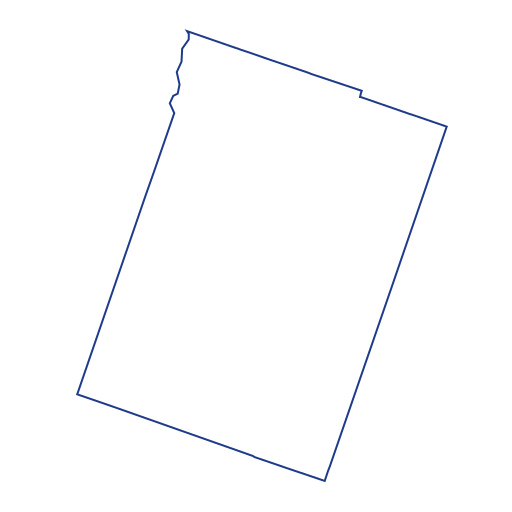 Butte, South Dakota, United States of America, rotated 109°
{"feature_id": "52423323B65775953341518", "entity_name": "Butte", "entity_type": "district", "adm_level": 2, "iso_a3": "USA", "parent_name": "United States of America", "parent_adm1": "South Dakota", "projection": "robinson", "projection_center": [-103.763, 44.892], "detail": "fine", "context": "isolated", "style": "outline", "palette": "blue", "viewbox_px": 512, "rotation_deg": 109, "n_neighbors": 0, "source": "geoboundaries", "source_scale": "gbopen_adm2", "svg_char_len": 590}
<svg xmlns="http://www.w3.org/2000/svg" viewBox="0 0 512 512"><g transform="rotate(109 256 256)"><path d="M65.8,394.4L67.8,391.9L73.2,390.1L84.0,393.3L96.5,389.7L107.9,390.8L118.8,384.1L128.0,382.9L131.5,386.4L139.7,387.2L147.5,379.8L210.7,379.9L235.4,380.1L445.0,380.0L445.0,342.6L446.1,193.7L446.6,191.8L446.5,154.8L446.3,117.8L435.8,117.9L431.3,117.7L236.9,117.6L71.6,117.8L71.6,155.3L71.7,155.7L71.6,208.5L71.8,209.4L68.0,209.8L65.4,209.8L65.9,262.8L65.7,266.3L65.9,309.0L65.8,328.3L65.9,338.4L65.8,341.2L65.9,342.3L65.8,394.4Z" fill="none" stroke="#1e3a8a" stroke-width="2"/></g></svg>